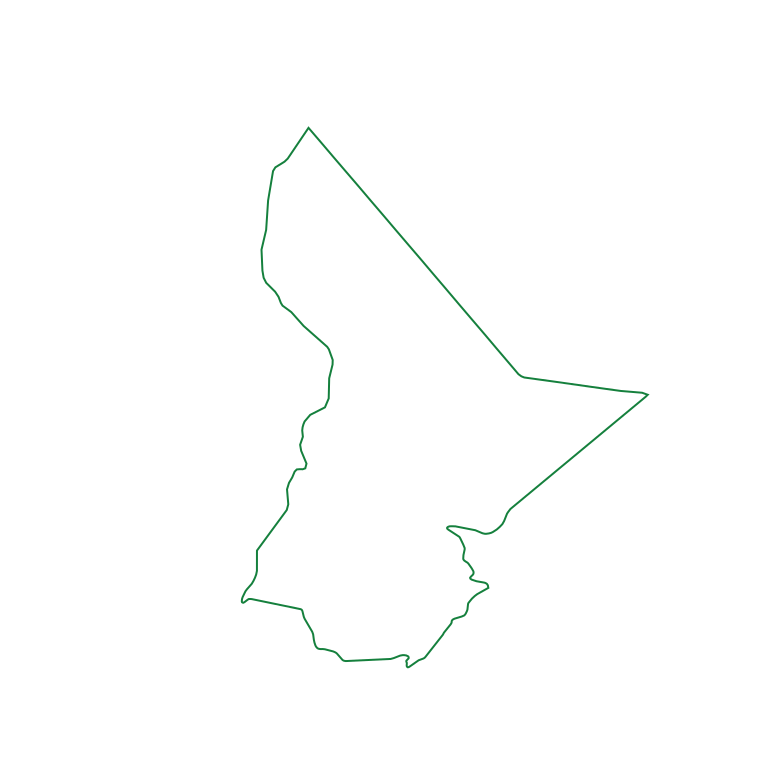 Tataouine, Mercator projection, rotated 152°
{"feature_id": "TUN-98", "entity_name": "Tataouine", "entity_type": "Governorate", "adm_level": 1, "iso_a3": "TUN", "parent_name": "Tunisia", "parent_adm1": "", "projection": "mercator", "projection_center": [10.291, 31.745], "detail": "fine", "context": "isolated", "style": "outline", "palette": "green", "viewbox_px": 768, "rotation_deg": 152, "n_neighbors": 0, "source": "natural_earth", "source_scale": "10m", "svg_char_len": 2950}
<svg xmlns="http://www.w3.org/2000/svg" viewBox="0 0 768 768"><g transform="rotate(152 384 384)"><path d="M574.3,296.6L529.0,318.4L525.0,322.7L519.1,336.5L514.3,341.3L508.9,344.6L504.0,348.6L501.1,349.5L498.5,348.4L495.8,346.9L493.1,346.5L489.8,350.1L488.5,363.9L486.6,369.7L480.4,375.5L478.0,381.4L476.2,384.0L474.1,386.2L471.7,388.2L463.6,391.4L447.1,391.1L439.6,397.2L429.7,414.8L420.3,425.3L418.0,429.3L416.4,440.5L416.7,443.5L427.7,472.9L432.1,491.0L436.8,500.8L437.0,503.9L436.2,510.5L436.8,516.6L440.5,528.6L440.4,534.3L438.1,541.2L429.1,560.1L415.7,575.4L400.2,600.4L382.0,624.1L378.2,626.3L367.5,627.0L363.2,628.2L330.4,645.6L326.2,626.9L322.1,608.2L317.9,589.4L313.7,570.7L309.6,551.9L305.4,533.1L301.3,514.3L297.1,495.4L292.9,476.6L288.8,457.7L284.6,438.7L280.5,419.8L276.3,400.8L272.1,381.9L268.0,362.9L263.8,343.8L263.4,342.0L260.7,329.6L259.1,326.3L257.1,323.9L232.3,306.0L201.7,283.7L178.2,266.7L160.2,255.1L156.2,250.7L158.9,249.9L331.0,214.3L334.7,212.6L336.3,211.7L342.3,206.6L345.3,204.7L348.9,203.5L352.7,202.6L357.5,202.2L359.3,202.3L361.5,202.8L364.2,203.8L365.4,204.5L366.7,205.6L367.3,206.2L372.0,212.0L387.8,224.8L391.5,226.9L393.1,227.6L393.8,227.7L394.5,227.8L395.2,227.7L395.8,227.4L396.1,226.7L395.7,225.5L395.3,224.7L389.5,214.2L389.2,213.6L389.1,212.1L389.4,205.0L389.8,201.3L390.1,200.7L390.5,200.0L394.2,195.6L395.9,192.8L396.2,192.1L396.2,191.3L396.0,190.4L395.2,188.8L394.2,187.1L393.8,185.8L393.1,180.1L393.0,177.0L393.1,176.3L393.3,175.7L393.7,175.1L394.1,174.5L394.7,174.1L395.3,173.8L397.1,173.3L398.4,172.8L399.0,172.4L399.1,171.5L398.5,170.2L394.9,166.4L389.0,161.8L388.2,161.1L387.6,160.3L387.0,159.3L386.9,158.3L386.8,157.5L387.6,155.0L400.3,154.7L403.4,154.2L407.1,153.2L412.1,151.1L412.7,150.7L413.2,150.1L416.2,145.7L417.0,144.9L418.0,144.1L419.8,142.8L420.9,142.3L421.8,142.0L424.5,142.2L432.0,143.7L433.8,143.7L434.8,143.4L435.5,142.9L436.4,141.5L437.8,140.6L447.8,136.3L449.7,135.0L475.5,123.6L476.7,123.2L478.0,123.1L483.1,123.8L494.5,122.4L495.9,122.6L496.3,123.2L496.4,123.8L496.3,124.4L496.0,125.0L494.9,126.8L494.7,127.4L494.7,128.1L494.5,128.7L494.1,129.2L491.1,130.2L490.7,130.8L490.5,131.3L490.5,132.0L490.8,132.6L491.3,133.2L491.8,133.9L493.3,135.0L494.7,135.8L497.2,136.6L504.0,137.4L507.2,138.1L547.8,157.3L548.6,157.9L549.3,158.5L549.7,159.0L550.0,159.5L550.2,159.9L552.1,168.1L552.5,169.1L553.4,170.5L554.5,171.8L560.7,177.5L562.6,178.8L564.4,179.7L565.4,180.4L566.2,181.1L566.6,181.7L566.9,182.3L567.2,183.5L567.3,184.1L567.3,185.3L566.8,188.3L566.0,191.1L564.1,196.2L563.9,197.5L563.7,199.0L564.3,214.0L564.1,216.1L562.7,221.6L562.6,222.3L562.6,222.9L562.8,223.6L563.3,224.3L601.9,256.3L603.3,257.1L604.3,257.6L605.4,257.6L609.6,256.9L610.9,256.9L611.5,257.4L611.8,258.1L611.6,258.8L611.2,259.5L610.3,260.8L609.0,262.1L603.7,266.0L601.4,267.1L594.5,269.7L591.6,271.5L588.9,273.5L586.3,275.8L583.9,278.7L574.4,296.5L574.3,296.6Z" fill="none" stroke="#15803d" stroke-width="2"/></g></svg>